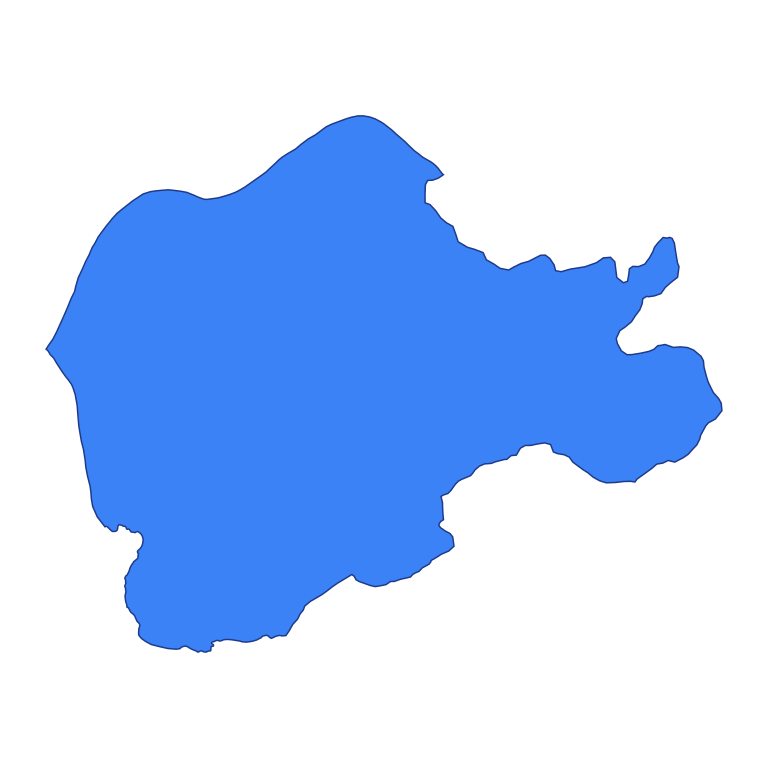 outline of Pha Oudom, Bokeo, Laos
{"feature_id": "54806243B51169476275365", "entity_name": "Pha Oudom", "entity_type": "district", "adm_level": 2, "iso_a3": "LAO", "parent_name": "Laos", "parent_adm1": "Bokeo", "projection": "natural_earth1", "projection_center": [100.874, 20.197], "detail": "fine", "context": "isolated", "style": "filled", "palette": "blue", "viewbox_px": 768, "rotation_deg": 0, "n_neighbors": 0, "source": "geoboundaries", "source_scale": "gbopen_adm2", "svg_char_len": 6089}
<svg xmlns="http://www.w3.org/2000/svg" viewBox="0 0 768 768"><path d="M663.1,237.5L657.8,243.0L654.5,247.3L652.9,251.6L649.5,257.8L644.8,264.1L638.7,266.6L632.8,266.4L629.4,268.8L628.8,274.2L627.6,281.2L623.5,282.8L616.8,277.6L614.8,261.8L610.5,257.3L603.3,257.9L596.5,262.7L584.9,266.8L570.4,269.1L561.2,271.7L555.6,270.7L554.1,264.9L549.8,258.5L545.3,255.1L540.5,255.3L528.5,261.4L521.0,263.5L513.5,267.2L508.7,270.0L500.0,268.3L494.1,264.2L486.4,259.8L483.1,252.6L474.4,249.3L467.2,247.2L458.1,241.7L455.8,234.4L452.9,226.4L446.3,222.7L440.6,217.8L435.6,210.6L430.0,204.6L425.1,202.8L425.0,195.1L425.4,184.7L427.7,180.4L432.6,180.2L438.4,178.1L443.4,174.7L442.6,174.1L440.3,171.2L438.0,168.1L435.7,165.7L432.6,163.1L429.9,161.3L424.8,158.5L422.0,156.7L418.6,153.9L414.4,150.8L408.8,145.5L404.8,141.5L395.3,133.3L391.8,130.0L383.7,123.7L381.4,122.2L375.0,118.8L369.4,116.9L363.4,115.9L358.0,115.9L351.4,117.2L345.9,118.9L331.9,124.1L326.2,126.8L315.5,134.8L308.6,138.7L301.1,144.3L295.6,149.0L287.7,153.6L282.7,156.8L279.4,159.4L274.4,164.2L269.3,168.9L266.2,171.9L262.1,174.9L244.7,187.2L239.9,190.0L235.5,192.3L230.0,194.4L224.5,196.1L218.4,197.8L214.6,198.4L207.1,199.4L203.8,199.2L197.8,197.0L193.9,195.2L186.9,192.4L181.1,191.3L174.9,190.5L168.3,189.8L161.7,190.3L155.7,190.9L150.3,191.7L143.1,194.0L132.8,200.8L122.5,208.9L116.9,213.5L112.1,218.8L106.3,226.0L101.1,232.9L98.2,237.0L94.9,243.3L92.2,247.5L89.0,255.1L85.7,261.4L82.4,269.0L78.3,277.6L75.7,286.6L74.6,291.6L71.2,298.3L67.8,306.8L65.4,312.4L62.4,319.2L59.6,325.3L56.7,331.8L52.9,339.1L48.5,345.4L46.1,349.2L47.6,350.4L48.4,351.4L50.3,354.7L53.7,358.1L56.4,362.8L61.9,371.3L65.6,376.5L68.5,380.1L71.4,384.2L72.8,387.2L75.2,394.5L77.2,405.6L77.7,412.7L78.8,425.9L79.9,432.6L81.4,441.3L83.5,449.5L85.1,459.8L85.8,467.0L87.4,475.5L90.1,486.3L90.9,492.2L91.4,499.0L92.7,506.5L97.3,516.9L105.0,526.8L105.4,526.6L106.3,526.4L106.9,526.5L107.4,526.8L108.5,527.8L109.4,528.9L111.2,530.6L111.8,531.1L112.5,531.4L114.1,531.5L115.2,531.3L116.2,531.0L116.7,530.7L117.2,530.0L117.5,529.2L117.8,527.1L118.0,526.3L118.3,525.5L118.9,524.7L119.7,524.9L121.5,525.1L121.9,525.2L123.0,526.1L123.4,526.2L125.3,526.4L125.7,526.8L126.0,527.3L126.4,528.5L126.6,529.0L127.1,529.2L127.4,529.3L127.9,529.1L128.5,529.0L128.8,529.1L129.2,529.3L130.1,530.4L130.9,531.8L131.3,532.0L133.5,532.3L135.2,532.6L136.5,531.7L137.3,531.6L138.0,531.7L139.5,532.6L141.2,534.3L141.8,535.3L142.3,536.2L143.0,538.5L143.1,540.7L142.9,542.0L142.7,543.3L142.0,545.6L141.0,547.5L140.1,548.6L137.9,550.6L137.6,551.2L137.4,551.7L137.5,552.2L138.1,553.5L138.6,553.9L138.4,554.2L137.9,556.1L138.0,556.6L138.0,557.7L137.8,558.1L137.5,558.5L134.4,561.2L133.8,561.5L133.2,562.8L132.7,563.4L132.1,564.2L130.7,566.5L129.8,568.5L129.2,570.8L128.0,573.3L127.2,574.9L125.7,576.1L124.8,578.2L125.6,580.2L125.6,581.6L125.9,583.3L125.4,584.2L124.8,586.1L125.0,587.1L125.5,588.1L125.6,590.0L126.0,591.8L125.5,593.6L125.0,596.3L125.2,597.4L125.5,600.2L125.9,602.2L126.2,602.8L126.9,605.4L126.8,606.8L127.4,607.4L128.5,607.8L129.9,610.8L130.8,612.2L133.0,614.0L134.1,615.1L134.6,615.7L135.0,616.5L135.7,618.3L137.1,621.4L137.7,622.0L138.5,622.6L139.5,624.1L139.7,624.8L139.7,626.1L139.5,626.9L139.0,628.1L138.7,631.0L138.6,633.6L138.7,634.5L138.9,635.4L141.6,638.6L145.9,641.6L151.3,644.5L159.9,646.7L167.9,648.5L176.4,649.2L179.7,648.7L180.2,648.4L181.3,647.3L181.8,647.0L184.4,646.2L185.2,646.1L185.9,646.2L187.7,646.8L190.1,648.4L192.4,649.5L194.6,650.4L196.1,650.9L197.8,652.1L199.3,651.6L200.4,650.9L200.6,650.8L201.4,650.9L202.2,651.1L203.1,651.6L203.6,651.8L205.7,652.1L206.1,652.1L208.4,651.0L210.0,651.0L210.3,650.9L210.7,650.6L210.9,649.8L210.9,647.5L211.2,646.8L211.5,646.5L213.0,646.2L213.3,646.1L213.5,645.8L213.5,645.1L213.4,644.8L212.9,644.3L212.0,643.8L211.7,643.5L211.6,643.2L211.6,642.7L211.8,642.3L212.4,641.8L213.9,641.7L214.3,641.5L215.4,640.8L216.1,640.6L217.4,640.4L218.0,640.4L219.0,640.9L219.3,641.0L219.7,641.0L221.6,640.7L222.6,640.1L224.1,639.7L225.0,639.6L227.4,639.4L232.0,639.8L239.6,641.0L242.2,641.8L246.2,642.1L249.6,641.7L252.6,641.2L256.6,640.0L261.3,637.6L261.9,636.7L262.9,636.0L266.2,635.3L267.4,635.5L268.6,636.3L269.9,637.6L271.5,638.3L275.7,636.3L279.3,635.4L282.3,635.9L285.9,635.6L289.3,630.6L292.7,624.5L297.6,619.1L300.1,613.9L303.3,610.0L304.7,606.1L310.3,601.4L321.8,594.7L327.3,590.7L332.7,586.5L337.8,583.0L351.9,574.5L354.2,576.3L356.0,579.7L359.1,581.5L370.4,585.5L375.2,586.6L381.3,585.6L386.0,584.6L390.5,581.5L394.4,581.4L400.4,579.3L410.5,577.0L412.8,574.4L415.3,572.9L419.0,571.4L422.5,567.7L426.1,565.8L429.3,564.0L430.1,562.8L430.8,561.9L431.1,560.5L437.1,557.0L441.4,554.2L448.8,551.0L454.0,546.2L452.7,536.9L450.0,533.5L445.3,531.0L440.8,527.9L439.2,526.0L439.0,524.0L440.7,521.5L443.5,519.7L443.0,514.8L442.6,507.7L442.5,502.7L441.0,496.4L443.4,495.0L447.9,493.5L450.7,490.7L455.2,484.4L458.3,481.2L461.3,479.5L470.5,475.7L472.5,473.5L475.0,469.9L479.4,466.1L484.6,463.9L491.3,463.4L495.3,461.8L504.4,459.5L506.9,459.3L511.1,455.6L516.4,455.1L518.6,451.2L520.4,448.2L525.2,445.5L530.9,445.4L537.3,444.0L544.8,442.9L550.6,444.5L553.4,452.0L557.5,453.6L564.0,454.7L569.3,457.1L572.8,462.1L583.2,469.8L587.8,472.7L593.2,477.2L599.7,480.8L606.2,482.8L615.2,482.5L623.9,481.5L630.7,481.3L634.9,482.0L637.1,479.0L651.2,468.9L656.8,464.1L662.8,463.1L668.1,460.5L674.8,462.1L683.2,457.7L688.3,454.2L691.7,450.3L696.8,444.9L699.7,439.2L700.6,435.4L705.7,425.9L708.4,422.8L715.5,418.9L721.9,410.7L721.2,403.1L718.6,398.5L713.3,392.5L711.0,387.9L708.1,381.9L706.4,376.4L704.0,367.1L703.4,360.7L701.1,356.4L693.8,350.2L689.6,348.4L687.1,347.5L680.4,346.9L673.3,347.4L667.7,345.4L665.0,344.5L661.1,345.3L657.8,345.7L653.8,349.4L648.9,351.4L640.7,353.2L631.9,354.6L627.0,354.7L621.4,350.9L617.4,343.6L616.2,338.4L619.9,330.6L625.0,327.1L631.5,321.7L635.5,315.5L639.8,309.8L642.1,303.9L642.8,298.7L646.6,296.4L648.8,296.7L654.3,295.9L660.9,293.6L665.4,287.3L671.1,282.3L677.6,277.2L679.0,266.6L677.5,263.0L675.7,252.2L674.4,243.2L672.2,238.5L669.8,237.4L666.9,238.1L663.1,237.5Z" fill="#3b82f6" stroke="#1e3a8a" stroke-width="1.5"/></svg>